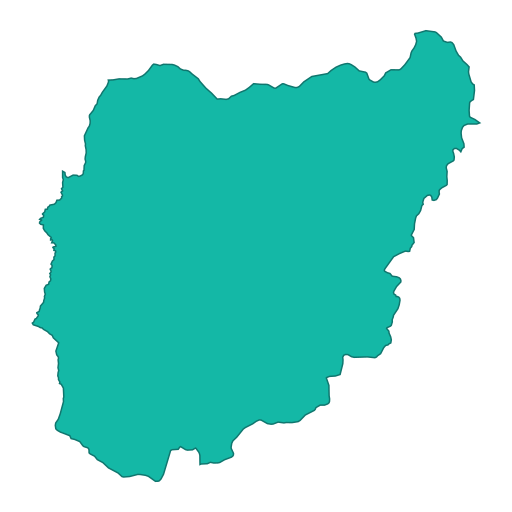 Toribío, Cauca, Colombia (orthographic projection)
{"feature_id": "7082276B98056345530252", "entity_name": "Toribío", "entity_type": "district", "adm_level": 2, "iso_a3": "COL", "parent_name": "Colombia", "parent_adm1": "Cauca", "projection": "orthographic", "projection_center": [-76.217, 2.971], "detail": "fine", "context": "isolated", "style": "filled", "palette": "teal", "viewbox_px": 512, "rotation_deg": 0, "n_neighbors": 0, "source": "geoboundaries", "source_scale": "gbopen_adm2", "svg_char_len": 5834}
<svg xmlns="http://www.w3.org/2000/svg" viewBox="0 0 512 512"><path d="M39.7,219.4L41.4,219.8L41.6,220.2L39.7,222.0L39.5,223.1L40.7,224.3L43.4,224.9L43.3,228.3L44.7,230.8L46.8,232.9L48.0,234.7L51.2,237.4L51.3,238.0L50.6,238.7L50.6,240.0L52.0,239.7L52.6,240.5L51.7,242.8L53.8,242.8L55.8,244.9L55.9,246.3L53.2,247.0L52.9,247.6L54.1,248.6L53.9,250.4L55.5,250.8L55.8,252.0L55.0,253.2L55.1,255.8L53.9,257.1L54.0,259.6L52.4,261.0L51.0,264.1L52.1,265.4L52.1,266.1L51.8,267.9L50.5,268.6L50.2,269.2L51.1,271.1L50.9,272.2L49.8,273.5L50.6,274.9L49.9,276.7L50.8,278.8L50.7,279.9L50.4,280.9L49.1,281.9L48.6,284.3L46.2,285.2L44.3,288.4L44.6,292.0L45.3,294.2L44.4,296.5L44.6,298.0L43.7,300.9L43.6,302.3L40.4,306.1L40.2,308.2L39.6,309.5L39.2,311.4L36.8,312.7L37.0,313.6L38.3,314.8L38.2,315.8L36.3,318.5L35.0,319.1L33.6,322.2L32.3,323.1L33.3,324.8L38.5,326.5L40.3,327.6L42.0,327.9L43.6,329.4L47.5,331.6L49.6,333.8L52.2,335.3L53.3,337.8L58.7,342.8L55.9,351.1L56.7,354.8L58.3,356.9L58.5,358.3L58.1,359.8L58.5,363.5L58.0,367.7L58.7,370.6L58.1,372.6L57.8,375.9L58.5,377.7L58.5,379.6L59.9,382.1L59.5,383.5L61.3,384.3L63.4,388.1L63.8,397.0L63.3,398.5L63.5,401.6L60.2,413.9L58.3,419.2L55.7,423.0L55.3,425.4L55.8,428.8L57.3,430.3L60.4,432.1L69.8,435.7L71.1,438.6L74.6,439.4L79.8,441.6L82.9,445.8L84.0,446.6L87.5,447.7L88.3,448.3L89.0,449.6L89.1,452.9L90.2,453.9L94.6,456.2L97.3,459.6L102.9,462.6L108.5,467.9L118.1,473.0L122.0,476.6L123.6,477.0L129.7,476.5L137.8,474.4L140.4,474.5L145.5,475.3L148.4,476.3L155.4,481.3L158.1,481.2L159.3,480.8L161.0,479.0L163.5,474.3L170.6,450.5L172.1,449.7L178.2,449.3L179.6,447.3L180.6,446.6L185.5,449.6L187.4,450.1L192.5,449.8L194.9,448.4L195.6,448.1L196.0,448.4L198.9,452.3L199.5,453.8L199.9,455.6L200.0,464.5L201.1,464.0L207.3,463.7L210.4,462.3L213.7,463.0L217.8,462.9L219.7,462.5L224.6,459.7L231.3,457.2L232.7,456.2L233.4,455.0L233.5,453.4L231.2,448.4L231.1,447.1L231.8,443.1L233.0,440.7L236.7,437.2L243.3,429.0L245.4,427.5L252.7,423.8L256.2,421.3L259.3,419.9L261.2,420.1L267.4,423.6L271.2,424.2L273.2,424.0L278.1,422.1L283.9,422.9L286.3,422.5L292.0,422.6L298.2,421.6L300.1,420.4L305.3,415.0L314.4,410.3L315.3,409.2L315.9,407.6L320.2,405.1L324.6,405.1L327.7,403.9L329.0,402.8L329.5,401.4L329.6,398.9L329.1,395.7L328.9,385.4L326.3,377.9L326.7,377.5L329.4,376.4L335.4,376.0L340.1,374.5L342.8,363.7L343.0,359.9L342.7,357.2L343.8,355.2L345.6,354.5L348.0,354.6L351.5,356.7L354.1,357.3L367.5,356.9L374.9,357.7L376.5,357.0L377.6,355.7L380.6,353.7L383.7,347.7L385.6,345.5L388.0,344.9L388.9,343.9L390.8,342.9L391.3,339.9L390.7,336.9L389.1,333.2L388.8,331.1L386.6,328.5L387.0,327.7L390.5,326.1L391.3,325.3L392.3,321.9L392.2,319.7L393.3,316.8L393.5,315.3L397.9,308.7L399.2,304.8L400.0,300.2L399.7,298.3L398.7,297.1L397.3,296.5L396.2,296.6L395.7,295.1L394.0,294.1L393.5,292.7L393.8,291.3L396.5,286.6L400.8,282.0L400.9,280.6L400.4,279.0L399.2,277.8L396.7,276.8L392.2,276.2L390.0,273.5L387.3,272.7L384.6,271.2L384.3,270.2L384.9,268.8L393.6,256.7L399.4,253.6L404.6,251.4L405.7,251.1L408.1,251.5L409.6,251.3L410.3,248.2L411.7,246.6L411.9,245.3L414.1,242.5L413.5,237.7L411.5,235.7L411.3,235.1L414.2,229.4L414.5,223.8L415.7,217.8L416.5,215.8L418.8,213.7L420.6,210.5L421.9,205.5L423.2,204.3L422.7,202.3L423.9,198.4L427.4,195.4L429.6,195.0L430.6,195.3L431.8,197.1L432.2,200.0L433.9,200.4L436.3,199.6L437.5,198.1L439.4,194.0L439.1,192.2L439.2,190.4L439.7,189.6L441.8,187.8L446.4,185.3L447.1,184.5L447.2,180.6L446.8,176.6L447.1,171.4L446.2,167.8L446.5,165.7L448.1,163.7L453.4,160.8L454.0,160.0L454.3,157.0L453.6,153.4L452.9,151.6L452.9,149.8L454.4,148.5L456.4,148.4L459.4,150.2L460.8,151.8L462.2,148.6L464.1,147.2L463.9,143.8L461.6,137.8L461.1,133.1L461.3,130.7L462.5,127.3L464.0,125.5L467.6,124.0L476.8,124.0L479.7,122.9L474.9,119.5L470.3,117.3L469.5,116.3L469.1,110.4L469.6,103.0L469.8,102.2L471.4,100.7L473.4,99.5L474.5,90.5L474.2,84.9L472.7,84.0L471.1,81.9L468.8,74.1L468.5,71.8L469.1,66.9L466.9,64.5L462.8,60.8L460.6,57.2L458.5,55.3L456.0,50.9L453.7,44.6L452.0,42.6L450.5,42.0L447.3,42.4L443.4,41.0L441.3,37.1L436.4,32.6L434.9,31.9L425.9,30.7L417.9,33.1L415.1,33.4L414.6,34.2L416.1,38.4L416.6,41.4L415.7,44.7L414.0,48.1L411.9,51.0L411.1,52.9L410.1,57.6L404.8,64.8L401.1,68.7L399.9,69.6L398.7,69.9L391.0,69.8L385.7,72.9L384.3,75.8L380.3,79.8L377.6,81.8L375.2,82.3L373.6,82.1L369.7,79.9L368.9,79.0L366.8,73.2L365.5,72.2L359.2,70.9L354.9,67.0L351.3,64.7L349.3,63.8L347.5,63.5L344.4,64.0L340.7,65.1L336.0,67.2L331.1,70.5L327.7,73.6L311.8,76.5L303.9,81.8L299.4,86.4L297.9,87.2L296.3,87.6L294.9,87.5L287.8,85.5L283.7,83.8L282.3,83.8L275.7,88.2L274.9,88.2L274.0,88.0L268.6,84.9L267.0,84.4L260.3,84.3L253.6,83.7L249.3,87.4L245.4,90.2L240.2,92.3L234.1,95.5L231.4,96.2L228.6,98.8L226.2,99.4L220.6,98.8L217.2,99.1L211.5,93.1L205.9,88.2L199.9,81.4L198.3,78.8L192.2,74.1L189.6,71.7L188.0,70.8L185.8,70.3L183.8,70.3L182.2,69.7L180.3,68.9L177.9,66.7L174.5,65.1L172.2,64.5L163.5,64.3L160.0,65.6L156.3,64.5L153.7,64.1L152.4,65.2L148.5,70.5L144.8,74.2L142.5,75.9L136.4,78.5L133.9,78.7L131.2,78.1L127.6,79.0L119.0,78.9L113.1,79.9L108.3,80.1L108.6,81.1L108.2,82.8L106.9,86.0L102.3,92.4L100.7,95.3L99.2,97.0L97.7,100.3L97.1,103.8L95.3,105.7L93.3,110.4L89.7,114.8L89.4,115.7L89.4,117.2L90.2,120.8L90.1,123.4L89.3,126.2L88.1,127.8L84.4,135.8L84.6,140.1L85.5,143.9L85.3,145.7L86.1,149.6L86.2,153.0L85.3,156.8L85.1,159.1L85.7,161.5L85.6,162.7L84.2,165.6L84.0,170.3L83.4,170.9L83.3,173.5L82.5,174.8L80.1,176.1L78.5,176.4L77.0,175.3L73.1,175.1L68.3,177.6L67.0,177.3L66.0,176.6L65.2,175.0L64.9,172.5L62.6,171.2L62.6,177.5L63.3,179.7L62.6,182.6L62.9,187.2L61.5,188.7L62.6,190.9L61.0,192.2L62.5,195.1L62.4,196.0L61.6,196.7L61.7,198.0L59.6,200.1L56.9,200.2L56.0,202.6L54.4,204.2L49.9,205.1L49.1,206.4L47.8,207.2L47.4,209.2L45.3,209.3L44.7,211.9L42.5,213.9L42.6,214.4L43.7,215.1L43.4,217.3L40.5,218.4L39.7,219.4Z" fill="#14b8a6" stroke="#0f766e" stroke-width="1.5"/></svg>